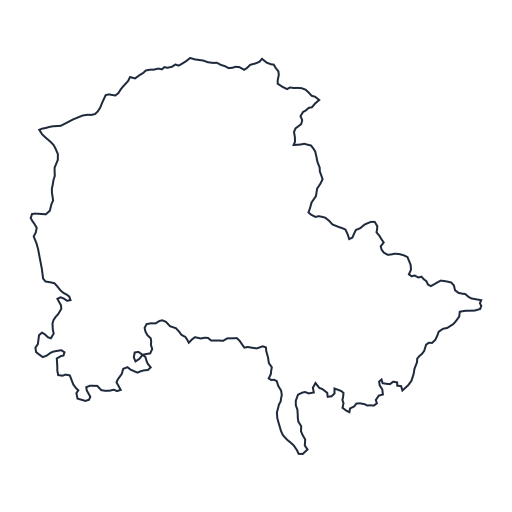 Angatuba, São Paulo, Brazil
{"feature_id": "56859067B11157452841276", "entity_name": "Angatuba", "entity_type": "district", "adm_level": 2, "iso_a3": "BRA", "parent_name": "Brazil", "parent_adm1": "São Paulo", "projection": "albers", "projection_center": [-48.445, -23.449], "detail": "fine", "context": "isolated", "style": "outline", "palette": "slate", "viewbox_px": 512, "rotation_deg": 0, "n_neighbors": 0, "source": "geoboundaries", "source_scale": "gbopen_adm2", "svg_char_len": 5397}
<svg xmlns="http://www.w3.org/2000/svg" viewBox="0 0 512 512"><path d="M319.2,100.0L315.0,96.7L311.7,95.8L308.8,92.7L305.6,89.7L301.6,88.2L298.0,87.9L293.9,88.0L289.9,87.5L287.1,89.1L282.2,86.7L277.7,83.7L277.7,80.3L278.8,74.9L278.4,71.4L275.8,68.1L273.7,64.6L271.0,64.3L266.6,62.6L262.0,58.8L259.4,61.8L255.6,63.4L250.2,64.8L247.2,67.8L244.2,69.8L239.3,67.1L235.4,66.8L232.4,67.8L228.6,68.1L224.8,66.1L220.8,64.9L217.0,62.8L212.9,62.9L207.7,62.2L203.5,60.6L194.9,59.4L190.1,58.0L186.2,61.1L181.9,63.8L178.7,65.6L175.4,64.5L171.9,66.8L167.3,67.8L164.4,67.1L162.0,69.3L158.2,68.6L153.6,69.7L150.1,69.7L145.8,70.5L143.2,73.0L139.9,74.9L135.1,78.4L130.0,77.1L128.1,81.0L122.8,86.8L120.9,89.1L118.3,93.2L115.3,95.5L108.9,94.4L105.7,95.1L102.4,102.2L100.1,107.8L97.7,111.5L95.1,114.0L91.7,114.9L87.3,114.8L82.7,115.5L73.3,119.3L66.6,122.8L60.8,125.8L52.7,126.3L49.1,127.0L45.7,128.0L42.3,128.6L39.3,129.8L42.1,134.3L44.7,136.8L47.1,138.9L50.7,142.0L53.5,144.9L55.3,148.1L57.9,154.2L57.8,160.0L54.6,167.6L54.6,171.4L54.8,175.9L53.5,179.9L52.8,184.3L51.9,188.5L51.9,192.7L52.5,196.2L53.1,200.5L51.5,204.0L49.8,210.8L45.8,214.3L38.7,213.8L35.5,213.6L32.0,214.0L30.7,218.0L32.4,221.1L34.3,223.7L36.7,227.8L35.8,232.4L33.7,236.5L36.5,243.4L38.1,249.2L39.4,256.1L41.9,269.1L43.1,278.6L45.5,281.5L50.3,282.3L54.4,283.2L56.7,285.7L60.5,290.4L63.3,292.8L67.0,294.8L69.3,296.6L70.5,300.1L67.1,300.8L63.7,298.5L60.6,297.3L57.4,298.8L61.0,305.4L61.3,308.7L59.8,311.4L58.1,314.2L55.7,316.8L53.6,319.9L52.5,323.3L52.8,329.5L53.7,333.5L50.9,338.3L48.0,337.3L44.8,334.3L42.0,332.6L39.0,335.2L37.9,344.0L35.4,347.8L36.1,352.1L39.0,354.4L42.8,357.1L46.9,355.5L50.4,352.9L53.3,351.6L57.1,350.9L61.3,350.2L64.5,352.3L63.5,355.5L60.7,356.2L56.8,358.5L57.3,366.5L57.3,370.6L58.2,375.1L62.5,375.7L65.6,374.6L69.8,375.4L71.6,380.1L73.3,384.5L75.9,388.0L78.3,390.3L76.4,393.1L77.5,398.6L82.4,400.0L85.3,400.9L89.0,399.8L90.3,396.8L86.7,390.3L86.3,387.2L90.0,385.7L97.3,385.9L101.3,390.2L105.4,390.8L109.6,390.7L113.9,389.7L117.0,391.1L120.7,389.9L118.3,385.5L116.5,382.4L117.7,379.5L121.8,373.9L123.2,368.8L127.5,367.2L130.5,369.6L134.8,371.5L137.5,372.6L140.8,371.2L143.9,370.4L147.9,370.0L150.7,367.4L147.8,363.8L146.6,361.1L145.4,357.0L142.6,354.8L147.0,353.9L150.2,353.4L152.2,349.0L150.9,344.8L151.2,341.5L150.7,338.3L147.4,335.2L145.5,331.7L144.6,327.9L146.6,324.1L150.9,323.3L155.5,323.4L159.6,320.9L162.4,320.3L166.0,321.9L170.0,326.2L175.9,328.2L179.0,331.5L181.4,334.8L185.4,337.0L187.2,339.7L188.8,342.7L191.9,339.5L195.0,337.2L200.7,338.5L205.2,337.7L208.1,338.0L211.1,340.5L218.3,340.5L223.1,340.8L227.4,338.3L233.1,338.3L236.8,338.1L239.6,340.8L244.3,347.6L247.9,347.0L252.3,347.8L256.8,348.4L262.8,346.3L265.9,347.4L266.3,351.3L268.0,357.4L268.9,363.2L271.8,367.2L271.2,370.7L270.8,374.2L268.7,378.4L271.2,380.0L274.1,379.8L276.7,381.1L278.2,385.8L281.1,390.6L281.8,394.9L281.1,398.3L280.6,401.6L279.0,404.4L278.2,407.6L276.9,412.5L277.3,418.1L278.6,422.9L281.1,431.3L282.9,435.1L284.8,437.3L287.5,440.1L290.4,442.4L293.7,445.4L296.9,450.1L298.6,453.8L302.7,454.0L307.5,449.5L304.8,445.6L305.2,439.6L302.4,434.6L301.0,431.3L301.2,426.3L298.3,421.5L297.8,417.9L297.7,414.3L297.4,409.7L295.8,405.2L295.8,400.7L298.0,394.7L302.1,392.7L305.0,392.0L308.7,393.4L313.8,392.5L312.9,387.7L315.5,383.0L319.2,387.8L322.6,389.2L327.2,392.8L327.7,396.8L331.6,396.3L334.5,393.5L334.5,388.5L338.0,389.8L341.4,391.1L343.5,393.0L343.1,397.0L342.4,399.9L343.5,403.3L342.5,407.8L346.4,410.7L349.4,412.2L350.0,408.5L354.4,406.3L356.3,403.6L359.9,403.3L364.6,404.2L367.2,405.5L370.5,405.3L373.8,405.6L376.9,403.3L375.8,400.0L378.8,395.6L382.9,394.5L382.3,389.5L379.7,385.4L379.1,381.6L381.5,379.5L382.6,383.2L387.1,383.9L390.0,384.1L393.2,381.7L397.1,382.4L397.3,385.7L401.1,386.1L402.4,390.5L408.1,385.3L411.4,380.9L412.9,376.3L413.8,373.2L414.4,369.0L415.9,365.1L417.0,362.3L417.2,358.7L419.4,356.0L421.8,354.1L424.2,350.9L425.1,347.9L426.1,344.7L428.7,342.8L432.1,342.9L435.3,339.8L437.4,335.4L438.7,331.7L443.0,328.8L447.3,327.9L450.4,325.9L453.3,324.1L455.6,321.5L459.2,316.6L459.8,311.7L465.2,310.8L474.6,310.6L480.1,309.0L481.3,306.0L479.9,303.2L481.2,300.2L471.6,298.5L468.7,297.0L465.2,294.0L462.3,293.7L458.5,292.9L455.0,290.2L453.9,285.4L451.2,282.5L446.5,281.4L440.8,280.6L437.2,282.5L433.8,284.5L430.8,286.1L427.9,284.5L426.5,281.3L423.7,279.2L421.5,276.7L418.4,277.5L414.5,275.5L411.7,276.3L408.9,274.4L411.0,269.6L410.6,264.7L408.9,260.6L407.5,257.1L403.8,255.3L399.4,254.1L394.9,253.7L390.9,254.5L387.7,254.8L383.8,252.6L381.6,249.7L380.7,246.3L383.7,242.5L381.5,239.3L379.3,235.6L376.5,232.3L377.1,229.2L377.3,226.2L374.7,221.9L371.0,221.9L368.1,223.0L364.7,224.5L360.2,228.2L355.8,230.0L353.8,234.3L352.4,237.6L349.2,239.1L347.6,234.2L345.5,229.6L342.4,228.2L339.3,227.2L336.0,225.9L332.5,224.5L329.3,221.0L325.3,217.7L322.3,216.9L318.9,216.2L315.3,216.9L311.0,214.6L308.5,212.5L310.1,207.8L311.6,202.4L315.9,196.2L316.6,192.0L317.1,188.6L320.2,184.0L322.6,179.3L321.2,175.2L319.8,171.4L319.7,167.7L318.4,164.4L317.3,161.5L316.7,158.0L315.2,151.5L313.2,148.3L311.0,145.5L307.9,144.8L304.4,143.8L299.8,144.6L293.6,145.0L295.0,141.7L294.9,137.3L294.0,132.0L295.5,128.4L301.2,124.1L302.2,120.1L300.5,116.2L303.0,112.0L305.6,110.6L308.8,107.8L311.9,107.3L315.0,103.6L319.2,100.0ZM142.6,354.8L139.4,358.8L135.5,361.4L133.8,357.3L134.7,352.5L138.4,351.9L142.6,354.8Z" fill="none" stroke="#1e293b" stroke-width="2"/></svg>